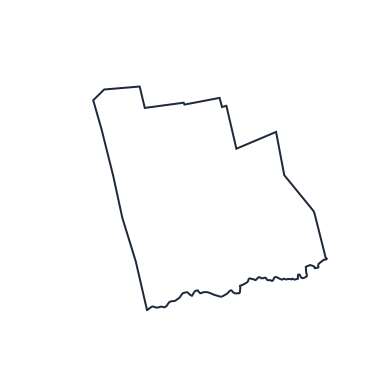 Orange, Vermont, United States of America, rotated 56°
{"feature_id": "52423323B71374601240136", "entity_name": "Orange", "entity_type": "district", "adm_level": 2, "iso_a3": "USA", "parent_name": "United States of America", "parent_adm1": "Vermont", "projection": "equal_earth", "projection_center": [-72.157, 43.996], "detail": "fine", "context": "isolated", "style": "outline", "palette": "slate", "viewbox_px": 384, "rotation_deg": 56, "n_neighbors": 0, "source": "geoboundaries", "source_scale": "gbopen_adm2", "svg_char_len": 2030}
<svg xmlns="http://www.w3.org/2000/svg" viewBox="0 0 384 384"><g transform="rotate(56 192 192)"><path d="M322.7,117.6L320.9,117.8L278.5,102.5L275.6,101.9L229.6,106.1L207.3,96.5L189.2,88.7L180.9,131.0L139.8,115.3L138.3,119.6L129.4,116.5L115.3,149.4L113.3,149.0L95.9,184.1L75.3,176.4L57.9,207.5L60.7,222.6L88.8,231.7L134.3,248.2L174.7,264.3L218.0,277.4L264.7,295.3L264.8,295.1L264.6,290.1L264.7,289.1L265.1,288.3L267.6,286.5L268.1,285.8L268.9,284.4L269.8,281.5L271.9,279.8L272.4,278.2L272.1,276.2L271.3,274.6L270.6,272.2L270.7,271.4L271.4,269.5L272.4,267.8L272.8,266.3L272.6,261.2L271.0,257.3L270.8,256.1L271.9,252.8L272.6,251.9L273.8,251.5L275.4,251.4L278.0,250.1L277.6,249.1L277.4,248.5L277.2,248.2L276.5,246.9L275.9,245.3L276.2,243.4L276.6,242.7L276.9,242.2L278.1,242.3L280.4,241.8L280.9,241.3L281.2,239.3L282.2,237.3L283.7,235.2L285.9,233.5L289.4,231.3L294.4,227.2L295.1,226.3L295.5,225.3L295.9,220.4L295.9,219.7L295.1,216.1L295.2,215.1L295.5,214.4L296.5,214.1L298.0,214.1L299.8,213.3L300.3,212.7L302.3,209.5L302.2,208.9L301.5,208.0L298.0,205.2L296.8,204.9L296.6,204.6L296.7,204.0L297.2,202.5L297.4,201.2L297.7,196.9L297.3,195.5L295.9,193.7L295.8,192.6L298.7,189.8L300.5,188.7L300.6,188.1L300.1,185.7L300.0,184.2L301.0,183.2L302.2,182.9L303.4,181.0L303.6,180.0L303.9,179.4L304.6,178.8L305.2,178.9L307.0,178.8L308.2,177.7L308.4,176.9L308.9,176.4L309.0,176.3L309.1,176.2L310.4,175.5L310.6,175.0L310.5,174.1L309.1,171.9L309.0,171.0L309.2,170.4L309.8,169.6L310.7,169.0L313.7,167.4L315.0,166.3L315.2,164.5L316.3,163.5L316.9,163.1L317.2,162.7L318.2,160.3L320.1,158.3L320.0,157.3L322.1,155.8L323.1,152.7L320.4,150.9L319.9,150.1L320.3,149.3L320.8,149.0L323.0,149.3L324.3,149.1L325.0,148.7L325.5,148.1L325.8,147.2L326.1,145.1L326.1,144.1L325.4,143.4L324.1,142.7L323.1,142.6L317.7,139.5L317.8,138.6L318.6,135.0L320.7,133.2L322.3,132.4L322.7,132.4L323.4,132.9L323.8,132.8L325.2,129.7L325.0,129.2L323.7,128.7L322.3,127.1L321.9,120.6L322.0,120.2L322.9,118.6L322.9,118.0L322.7,117.6Z" fill="none" stroke="#1e293b" stroke-width="2"/></g></svg>